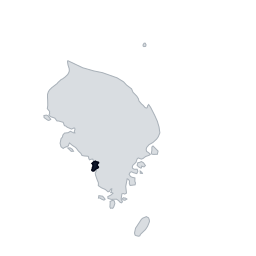 Buan-gun, North Jeolla, South Korea (highlighted), rotated 320°
{"feature_id": "91817680B44911241756091", "entity_name": "Buan-gun", "entity_type": "district", "adm_level": 2, "iso_a3": "KOR", "parent_name": "South Korea", "parent_adm1": "North Jeolla", "projection": "robinson", "projection_center": [126.66, 35.682], "detail": "fine", "context": "in_parent", "style": "filled", "palette": "ink", "viewbox_px": 256, "rotation_deg": 320, "n_neighbors": 0, "source": "geoboundaries", "source_scale": "gbopen_adm2", "svg_char_len": 3806}
<svg xmlns="http://www.w3.org/2000/svg" viewBox="0 0 256 256"><g transform="rotate(320 128 128)"><path d="M77.7,65.8L78.5,65.1L78.6,64.2L78.6,61.3L81.0,59.2L84.4,55.0L86.1,52.7L88.0,50.5L90.2,49.1L92.3,48.4L95.7,48.1L102.3,48.4L103.5,48.1L108.1,47.9L109.2,48.3L112.5,48.5L116.1,48.3L118.0,47.6L119.7,46.6L121.1,44.7L122.6,41.1L124.3,38.3L125.2,37.8L132.0,52.7L138.5,62.3L144.0,69.2L151.9,82.6L154.3,89.8L154.5,94.2L155.9,100.3L154.8,103.8L155.2,109.3L154.8,112.2L153.8,114.3L153.8,118.3L154.2,120.4L154.2,123.3L154.8,124.4L155.7,124.8L157.2,123.7L158.9,123.3L158.6,126.7L156.6,135.4L154.8,141.7L152.4,147.2L149.3,152.2L145.5,154.2L142.8,154.9L137.7,155.1L133.4,154.3L129.8,154.9L128.3,155.9L127.2,157.7L128.0,160.5L128.0,162.6L126.4,162.4L123.3,161.2L119.8,161.0L118.2,160.4L116.6,157.5L115.0,157.6L112.1,159.4L107.7,159.7L106.1,160.7L105.6,161.9L106.2,163.5L108.5,165.5L107.7,167.5L105.4,168.6L103.6,166.0L102.4,163.6L101.1,163.4L99.1,164.1L98.7,166.8L99.6,168.6L101.2,170.7L99.0,173.2L98.4,174.9L96.9,176.1L92.7,173.4L93.3,171.4L95.1,169.5L95.3,167.6L94.7,166.4L88.7,171.3L85.0,176.9L83.0,176.5L82.2,175.1L81.0,174.5L77.0,178.1L76.3,181.0L74.8,181.1L74.2,179.9L74.1,177.3L73.4,175.1L69.3,171.9L67.4,169.1L68.4,167.6L71.9,168.4L74.6,168.3L74.1,167.0L73.2,166.4L75.0,165.6L76.5,164.1L75.3,163.7L73.3,164.6L71.7,164.1L71.1,160.5L69.2,156.7L68.2,153.1L70.1,151.0L71.1,147.8L72.9,143.1L73.8,141.6L76.2,140.5L77.1,139.3L75.8,138.6L73.6,138.1L73.6,136.7L75.1,136.0L76.8,134.5L80.0,132.7L81.0,129.2L80.0,128.4L78.0,127.6L78.5,125.8L79.3,124.5L79.0,123.7L76.7,121.5L75.1,119.5L75.6,117.2L75.2,113.7L75.4,110.7L75.3,109.1L74.2,105.5L73.6,101.9L72.1,102.5L70.9,103.4L66.6,102.1L65.2,102.0L64.6,99.3L66.2,96.0L69.9,93.1L72.0,92.8L73.6,91.5L76.1,91.1L79.1,93.1L81.8,93.5L83.3,96.9L84.2,97.6L84.4,96.3L86.6,94.9L87.1,93.8L86.6,93.2L84.1,92.6L81.9,88.3L81.6,86.5L80.8,85.3L82.0,82.0L79.4,78.1L78.1,76.9L78.3,73.4L77.0,71.2L76.2,70.0L75.7,67.9L76.1,67.0L77.3,66.6L77.7,65.8ZM69.1,217.5L67.8,218.2L66.7,217.8L66.3,217.4L64.9,215.5L64.6,214.5L65.5,212.6L69.4,209.6L79.4,206.6L81.2,206.5L85.1,207.7L86.0,210.1L85.2,212.2L84.3,213.5L79.8,215.9L76.2,217.0L69.1,217.5ZM136.2,165.0L133.6,167.0L130.1,164.2L129.2,162.7L131.9,160.5L134.1,157.9L135.6,157.8L136.2,165.0ZM117.5,164.7L117.2,168.0L115.2,168.1L114.0,166.0L112.8,167.1L112.1,167.1L111.1,164.5L111.0,162.4L113.3,160.9L114.7,161.8L116.7,162.3L117.5,164.7ZM66.5,179.2L64.7,179.7L63.7,178.6L63.0,178.3L63.4,176.8L66.3,173.8L66.9,172.8L69.6,173.4L70.6,175.0L69.4,177.4L66.5,179.2ZM74.6,67.3L74.4,71.7L72.9,71.5L71.9,71.0L71.5,70.2L70.4,66.1L71.6,64.4L73.8,65.7L74.6,67.3ZM64.8,167.2L64.5,168.0L63.2,167.8L62.0,165.5L61.5,163.6L60.3,162.7L62.2,161.1L64.7,163.9L64.8,167.2ZM71.7,108.6L71.3,110.8L69.5,109.4L69.0,104.6L70.9,106.0L71.7,108.6ZM195.3,75.9L194.0,76.8L192.5,75.9L192.3,74.8L193.1,73.9L194.9,73.4L195.7,74.1L195.3,75.9ZM81.0,180.1L81.5,181.7L79.2,181.4L78.0,179.9L78.2,178.6L79.5,178.4L81.0,180.1ZM110.1,171.1L109.8,172.1L108.3,170.5L109.7,168.8L110.1,171.1Z" fill="#d9dde1" stroke="#a8b0b8" stroke-width="1"/><path d="M83.0,134.7L82.6,134.2L82.4,134.1L82.3,133.8L82.1,133.6L81.9,133.4L81.8,133.2L81.8,132.8L81.5,132.7L81.5,132.4L81.0,132.3L80.6,132.2L80.3,132.0L80.0,131.9L77.6,132.0L77.7,132.7L77.6,133.0L77.5,133.5L77.4,133.8L77.0,134.3L76.8,134.7L76.6,135.0L76.2,135.1L75.8,135.2L75.4,135.4L75.1,135.7L74.7,136.1L74.5,136.3L74.0,136.6L73.7,136.6L73.3,137.0L73.1,137.2L73.2,137.7L73.3,138.1L73.4,138.3L73.9,138.7L74.1,138.9L74.6,139.0L75.1,139.0L75.4,138.8L76.1,138.9L76.4,138.9L76.8,138.9L77.2,138.7L77.6,138.5L77.9,138.5L78.3,138.7L78.5,139.0L78.8,139.2L80.5,139.2L80.3,139.2L80.2,137.1L80.6,136.7L80.9,136.4L81.2,136.0L81.8,135.9L82.3,135.8L83.0,135.8L83.3,135.4L83.2,135.0L83.0,134.7L83.0,134.7Z" fill="#0f172a" stroke="#020617" stroke-width="1.5"/></g></svg>